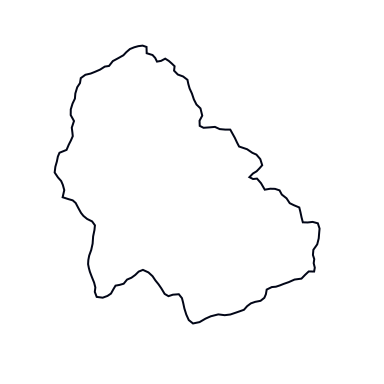 the district of São Geraldo do Baixio, Minas Gerais, Brazil, rotated 286°
{"feature_id": "56859067B90652134730320", "entity_name": "São Geraldo do Baixio", "entity_type": "district", "adm_level": 2, "iso_a3": "BRA", "parent_name": "Brazil", "parent_adm1": "Minas Gerais", "projection": "mercator", "projection_center": [-41.367, -18.928], "detail": "fine", "context": "isolated", "style": "outline", "palette": "ink", "viewbox_px": 384, "rotation_deg": 286, "n_neighbors": 0, "source": "geoboundaries", "source_scale": "gbopen_adm2", "svg_char_len": 2299}
<svg xmlns="http://www.w3.org/2000/svg" viewBox="0 0 384 384"><g transform="rotate(286 192 192)"><path d="M193.2,53.8L189.1,53.3L184.1,53.7L178.6,53.7L172.9,54.6L169.1,59.1L166.5,63.2L163.2,65.9L158.6,68.7L151.3,69.1L151.1,74.9L151.1,79.6L149.4,83.2L145.0,87.4L141.3,91.1L139.1,94.2L137.2,98.6L136.2,104.1L133.2,107.9L128.6,108.7L122.1,109.2L115.0,110.7L108.5,111.1L102.6,110.7L98.0,111.1L94.0,112.0L90.5,113.8L87.2,115.8L82.9,119.0L77.9,122.9L73.6,125.4L69.2,126.1L64.9,129.3L65.8,135.3L68.8,139.4L72.0,142.1L76.7,143.2L80.9,144.3L82.8,148.1L85.0,151.6L89.9,153.7L92.9,157.4L96.6,160.3L100.8,162.7L103.6,166.3L102.7,172.3L100.2,177.3L96.9,181.2L94.1,185.2L90.9,189.1L86.5,193.8L85.4,198.1L88.0,201.9L90.1,207.5L87.2,211.6L83.3,213.9L77.9,216.8L72.6,220.3L68.0,224.2L65.9,229.2L69.0,235.1L74.0,239.9L77.7,244.3L81.6,251.0L82.6,257.4L84.8,262.6L88.4,267.8L90.8,271.2L93.1,274.4L97.5,276.5L101.2,279.3L103.8,283.0L106.3,287.9L110.2,290.7L114.1,291.2L118.8,290.7L122.6,294.9L124.1,298.8L126.5,302.3L128.9,305.4L132.0,309.8L136.1,314.7L138.9,321.1L143.6,323.6L147.8,326.1L149.2,331.3L153.1,330.9L157.1,328.6L161.2,328.0L164.8,325.6L169.9,324.6L176.2,326.8L182.4,326.6L187.3,325.6L192.0,324.7L196.6,321.6L196.5,316.2L194.6,311.6L193.4,306.9L197.8,304.3L202.5,301.8L206.7,299.4L207.4,293.5L208.2,289.0L212.0,284.6L214.3,279.0L217.7,275.7L217.9,270.9L216.7,266.3L214.3,261.3L219.5,255.9L222.8,250.8L221.3,247.1L222.1,243.1L226.6,245.5L229.7,248.4L233.5,250.4L237.1,252.1L242.4,248.6L245.7,243.6L246.3,239.2L248.3,233.2L248.7,224.7L252.0,221.6L255.8,218.3L259.1,215.0L262.5,211.6L261.1,206.5L260.1,201.3L260.9,196.1L258.8,190.6L256.9,185.4L257.7,181.2L262.6,179.6L268.2,180.8L274.7,177.1L277.3,172.2L281.5,168.3L286.6,164.8L290.8,161.2L294.8,158.7L298.6,156.7L300.6,151.6L301.0,146.0L303.7,141.3L308.1,140.6L309.9,137.2L311.6,133.6L312.8,129.5L309.5,126.1L307.7,122.4L310.7,119.7L312.8,116.3L312.9,110.2L318.9,108.3L319.1,104.2L317.4,100.2L315.2,96.6L312.3,92.9L308.3,90.3L304.6,88.4L300.4,84.3L296.0,79.8L290.3,77.5L288.5,73.6L284.3,69.9L280.6,65.4L277.9,61.9L275.3,57.2L270.8,53.7L265.8,54.3L261.1,52.8L254.6,52.7L249.5,53.7L244.1,52.8L238.0,52.7L232.5,54.2L227.7,59.0L220.7,58.7L216.3,60.6L212.8,62.0L208.2,61.4L203.6,60.5L197.9,59.8L193.2,53.8Z" fill="none" stroke="#020617" stroke-width="2"/></g></svg>